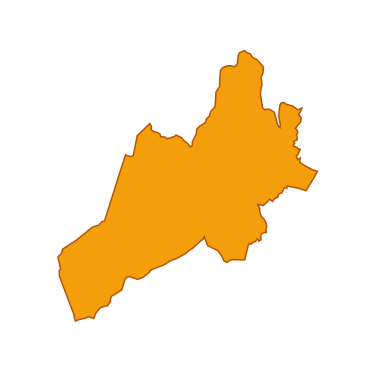 the district of Osório, Rio Grande do Sul, Brazil, rotated 11°
{"feature_id": "56859067B2511379563152", "entity_name": "Osório", "entity_type": "district", "adm_level": 2, "iso_a3": "BRA", "parent_name": "Brazil", "parent_adm1": "Rio Grande do Sul", "projection": "equal_earth", "projection_center": [-50.227, -29.915], "detail": "fine", "context": "isolated", "style": "filled", "palette": "amber", "viewbox_px": 384, "rotation_deg": 11, "n_neighbors": 0, "source": "geoboundaries", "source_scale": "gbopen_adm2", "svg_char_len": 2587}
<svg xmlns="http://www.w3.org/2000/svg" viewBox="0 0 384 384"><g transform="rotate(11 192 192)"><path d="M130.8,319.7L132.8,314.8L132.4,312.0L132.8,309.8L141.7,301.7L143.0,290.4L143.9,288.5L147.0,286.9L155.2,288.2L160.2,285.1L164.9,279.7L166.5,276.4L178.1,269.1L183.6,264.0L189.8,260.0L197.7,253.4L200.1,249.9L203.1,247.6L209.8,238.3L211.8,236.5L212.5,233.5L217.6,241.7L220.0,242.3L225.0,243.6L228.4,244.6L232.2,248.0L234.4,250.6L236.4,253.2L239.9,254.5L241.9,252.2L243.7,250.9L256.7,248.6L257.5,232.1L260.2,231.7L261.3,229.8L263.8,228.5L265.1,225.4L267.0,227.5L268.8,225.8L268.0,222.6L267.9,220.2L270.4,218.0L272.7,217.6L271.8,214.9L271.9,211.7L270.3,207.7L267.7,204.7L264.8,202.8L262.2,198.5L261.6,195.3L259.0,191.9L264.7,191.5L267.2,188.2L269.6,184.3L272.9,185.9L274.4,182.5L277.3,180.7L277.6,177.2L280.3,175.7L281.7,170.3L284.4,170.3L284.2,168.0L287.5,168.0L290.5,168.0L292.5,168.0L295.5,168.0L303.7,168.9L304.9,165.9L306.4,161.8L307.5,158.7L309.5,153.0L311.2,147.8L306.0,147.2L304.0,146.6L299.9,145.3L295.3,143.7L291.9,142.0L291.7,138.0L289.7,140.1L287.5,137.0L289.0,134.5L290.0,129.4L288.0,129.6L286.3,128.3L282.4,127.3L283.6,124.5L282.2,123.0L285.5,120.4L283.8,116.3L284.6,113.3L283.1,110.9L281.3,109.9L283.2,106.1L285.2,102.8L285.0,98.2L281.6,95.5L283.1,92.8L283.9,88.6L282.1,89.8L280.3,91.2L274.8,88.5L267.5,87.8L264.9,86.5L262.4,87.9L261.7,90.5L262.1,95.3L262.7,101.2L265.7,108.7L266.1,111.9L263.5,110.3L257.6,98.1L251.7,95.9L249.5,96.6L247.5,97.3L245.3,95.9L243.5,91.4L242.7,89.3L240.7,83.6L240.3,81.4L240.0,77.1L240.3,74.0L239.1,69.4L237.9,67.0L238.9,62.0L238.4,55.9L230.7,49.6L225.7,48.4L222.8,45.2L219.0,44.7L216.7,43.1L212.1,46.1L211.3,48.5L211.6,52.7L212.2,57.4L210.9,60.0L209.3,60.9L205.1,60.7L202.1,61.7L198.2,64.3L196.8,67.0L197.9,77.5L199.0,83.3L196.5,89.2L198.2,102.4L198.1,104.7L195.5,108.4L194.8,110.7L194.5,114.6L192.4,116.9L191.7,121.6L186.9,126.0L184.7,129.4L185.2,134.3L183.7,138.8L183.2,141.1L182.7,143.6L183.6,146.1L181.8,148.0L178.8,145.5L173.4,142.6L171.7,140.9L168.2,139.8L165.3,139.2L163.9,141.2L161.9,141.9L160.4,143.0L157.3,144.4L155.1,143.2L150.5,143.7L149.8,141.5L147.2,140.2L142.5,139.9L139.9,138.6L139.8,135.5L137.5,132.8L127.5,147.2L127.5,154.6L127.4,167.2L125.1,169.0L119.7,168.3L117.1,189.3L111.7,237.1L109.1,238.4L106.9,242.5L102.3,244.7L100.6,245.9L87.6,261.5L75.9,272.8L75.7,276.8L72.8,281.4L73.9,284.2L76.4,289.6L77.7,292.7L76.7,294.6L77.9,299.9L99.9,335.5L100.7,338.4L102.3,340.9L105.4,338.8L111.7,336.1L114.3,334.1L119.7,334.9L120.8,329.0L123.8,323.5L128.0,320.7L130.8,319.7Z" fill="#f59e0b" stroke="#b45309" stroke-width="1.5"/></g></svg>